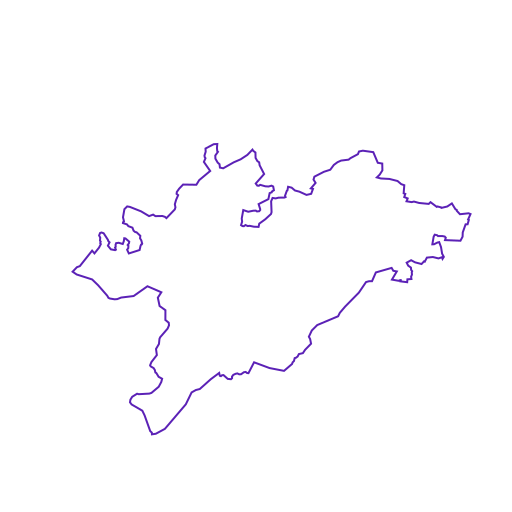 the district of Longford Lea-7, Longford, Ireland, rotated 321°
{"feature_id": "5873133B83670029874089", "entity_name": "Longford Lea-7", "entity_type": "district", "adm_level": 2, "iso_a3": "IRL", "parent_name": "Ireland", "parent_adm1": "Longford", "projection": "equal_earth", "projection_center": [-7.802, 53.758], "detail": "fine", "context": "isolated", "style": "outline", "palette": "violet", "viewbox_px": 512, "rotation_deg": 321, "n_neighbors": 0, "source": "geoboundaries", "source_scale": "gbopen_adm2", "svg_char_len": 4445}
<svg xmlns="http://www.w3.org/2000/svg" viewBox="0 0 512 512"><g transform="rotate(321 256 256)"><path d="M62.9,329.1L66.3,331.1L76.4,333.0L108.1,327.1L120.1,321.5L124.9,322.3L128.6,324.0L143.4,323.3L153.8,323.7L152.5,326.3L153.1,327.3L154.6,327.3L155.8,328.1L156.7,333.7L159.0,336.0L160.5,335.9L161.5,334.6L163.6,334.1L166.0,334.7L167.6,335.5L168.5,337.4L170.0,338.5L173.4,338.7L175.0,339.6L175.4,341.3L176.4,342.3L187.6,337.4L196.0,351.6L205.5,362.9L216.1,362.6L217.5,361.7L219.4,361.5L221.8,359.7L222.9,360.2L225.1,360.3L227.6,359.2L231.3,361.0L235.1,359.8L243.6,358.8L245.8,354.6L246.3,352.0L252.5,349.0L260.1,348.2L281.9,354.5L285.4,352.9L293.5,351.4L312.9,349.2L325.1,345.5L327.9,346.7L330.3,348.6L338.8,344.2L353.9,350.6L353.4,353.9L355.7,356.6L346.8,359.9L351.2,365.0L353.0,365.5L353.3,365.9L352.3,366.6L357.0,371.5L359.0,369.4L362.3,371.7L363.5,369.7L365.5,368.6L366.8,366.7L367.8,366.1L367.8,364.5L369.1,362.5L368.2,359.3L368.9,356.0L373.9,356.9L375.6,361.0L379.6,366.4L383.3,365.9L383.6,366.6L387.8,364.8L392.8,368.1L396.3,372.7L399.8,374.0L399.2,375.6L401.4,374.9L402.1,371.3L405.4,365.5L407.1,360.5L405.4,359.7L401.7,358.9L400.4,357.9L406.2,352.8L408.3,351.9L409.8,353.8L410.0,355.1L413.3,357.7L414.9,359.6L415.0,361.2L412.9,362.6L424.5,372.8L428.7,371.0L431.5,367.8L438.8,363.3L440.4,364.5L444.1,361.9L443.8,361.1L449.1,358.4L448.1,356.6L440.8,351.9L440.5,347.3L441.0,346.4L440.4,345.2L441.3,338.4L435.8,337.9L430.4,335.3L430.5,334.8L428.2,331.7L427.4,331.6L425.5,324.0L423.0,324.2L416.1,317.4L413.0,313.1L410.9,312.1L407.4,308.2L410.1,306.7L408.3,303.5L411.1,301.7L410.2,300.2L415.8,294.3L414.1,291.6L413.2,286.8L408.2,280.1L401.8,274.3L399.4,271.0L403.4,270.6L408.1,269.0L412.3,263.6L409.3,260.2L412.5,249.1L405.3,241.4L401.8,239.6L399.3,241.0L390.9,239.4L388.6,239.4L382.2,235.4L378.4,234.4L373.8,234.2L368.0,235.7L361.8,233.3L351.3,231.1L348.8,232.8L348.3,236.7L341.2,238.0L342.5,239.7L338.0,242.4L333.7,240.3L330.2,233.3L327.5,229.6L326.7,225.3L324.5,222.4L321.7,224.8L321.0,224.7L316.4,227.5L316.1,228.8L314.9,228.5L310.3,224.9L307.5,223.6L305.4,221.3L302.2,223.0L295.7,231.7L294.1,232.8L286.3,233.3L278.9,232.9L276.3,235.0L272.8,231.9L270.1,228.6L268.4,227.5L267.3,225.3L265.3,225.2L264.3,224.2L263.8,222.6L266.8,220.6L268.5,217.9L275.0,212.3L277.8,216.7L282.4,219.1L284.4,220.6L284.8,222.0L286.7,223.2L288.2,222.9L288.8,222.1L290.7,217.3L301.4,219.6L306.2,215.7L308.3,216.4L309.1,215.9L311.3,216.2L313.1,212.8L312.3,211.1L309.5,209.9L307.1,207.7L304.0,203.3L302.4,203.2L301.3,202.1L301.4,199.5L313.9,197.4L315.9,187.8L317.4,185.2L316.8,183.1L317.4,179.5L320.7,175.2L320.0,172.4L320.2,171.1L312.9,172.0L304.9,171.2L297.7,169.2L285.7,167.2L283.6,164.6L285.4,161.7L285.0,159.3L285.7,154.8L287.6,152.3L292.0,151.1L291.9,150.1L293.6,147.5L296.4,144.6L293.5,142.5L284.4,140.7L282.5,143.3L279.2,145.5L278.4,146.8L278.3,148.2L274.7,150.1L273.9,161.1L259.6,161.3L254.5,163.1L244.3,154.6L238.7,155.3L234.8,156.4L233.4,157.7L233.8,159.7L229.2,162.1L225.5,164.7L224.0,167.5L222.2,168.7L210.2,170.2L209.9,168.3L208.4,166.0L202.9,161.7L202.1,159.1L198.0,157.7L194.8,149.0L188.9,138.5L187.1,136.4L183.2,136.8L177.0,142.2L175.2,146.0L173.9,146.1L173.3,146.7L175.6,150.2L175.6,152.5L177.8,156.2L176.8,159.3L177.2,161.4L178.1,162.4L178.8,167.5L177.0,169.3L176.7,171.7L175.3,174.8L174.5,175.1L173.9,174.8L172.6,175.5L169.3,178.1L158.8,174.0L159.8,170.0L161.7,169.5L163.3,167.7L163.2,166.7L165.2,166.2L166.5,165.1L165.6,160.2L164.8,159.3L162.6,161.3L160.0,162.8L157.6,159.3L155.4,158.0L153.9,158.9L152.7,160.6L151.8,160.7L151.1,162.9L150.2,162.8L147.4,159.5L147.4,154.8L150.8,153.2L150.6,151.5L151.1,150.2L151.6,145.6L151.6,145.4L151.8,143.7L151.9,142.4L150.7,140.5L149.3,140.0L147.0,141.3L146.5,143.7L144.4,145.9L144.4,147.0L143.0,148.0L142.9,149.1L139.3,150.7L132.1,152.3L132.0,148.7L112.7,153.0L109.8,152.0L103.6,152.8L105.0,157.5L113.9,171.1L114.9,179.3L115.4,193.2L115.0,195.7L115.7,197.1L118.9,200.7L121.1,202.2L125.0,203.4L135.7,210.1L152.6,211.2L159.6,224.6L153.5,226.6L149.6,234.2L151.5,241.1L145.3,248.7L146.2,252.9L144.8,255.1L141.6,256.8L130.5,258.8L128.9,259.6L125.2,263.3L119.8,265.3L116.6,270.6L108.0,272.6L104.9,274.3L104.7,275.5L105.9,278.7L105.6,281.0L104.5,283.2L104.9,284.2L104.3,288.6L105.8,292.3L103.1,294.3L98.1,296.4L88.6,296.6L86.5,295.8L77.9,289.6L76.9,288.2L71.2,287.5L68.0,288.6L66.0,290.4L65.9,293.1L70.3,304.7L69.1,309.8L63.6,325.5L63.9,327.7L62.9,329.1Z" fill="none" stroke="#5b21b6" stroke-width="2"/></g></svg>